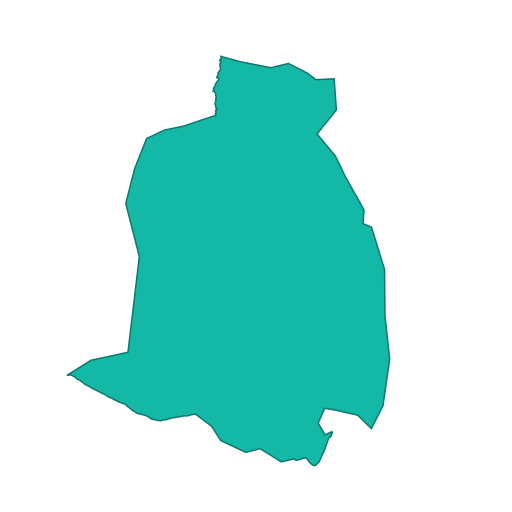 the district of Altanbulag, Töv, Mongolia, rotated 103°
{"feature_id": "93677404B27653771578089", "entity_name": "Altanbulag", "entity_type": "district", "adm_level": 2, "iso_a3": "MNG", "parent_name": "Mongolia", "parent_adm1": "Töv", "projection": "natural_earth1", "projection_center": [106.111, 47.461], "detail": "fine", "context": "isolated", "style": "filled", "palette": "teal", "viewbox_px": 512, "rotation_deg": 103, "n_neighbors": 0, "source": "geoboundaries", "source_scale": "gbopen_adm2", "svg_char_len": 4532}
<svg xmlns="http://www.w3.org/2000/svg" viewBox="0 0 512 512"><g transform="rotate(103 256 256)"><path d="M398.2,104.8L373.5,98.6L326.6,102.5L285.2,116.9L240.2,127.7L201.9,150.0L200.4,159.0L186.9,161.1L158.4,186.9L140.6,201.3L123.4,224.0L95.6,210.5L65.8,219.7L70.7,237.3L66.3,247.0L61.1,267.7L69.2,283.8L70.2,315.3L69.4,335.2L70.0,334.9L70.4,334.5L70.7,334.5L70.9,334.4L71.2,334.4L71.5,334.4L71.8,334.4L72.1,334.5L72.2,334.9L72.4,335.1L72.6,335.1L72.8,335.2L73.8,335.3L74.0,335.2L74.1,334.6L74.1,334.2L74.3,333.8L74.6,333.7L75.0,333.7L75.3,333.8L75.6,333.8L76.0,333.8L76.4,334.2L76.7,334.4L77.0,334.4L77.3,334.3L77.6,334.2L77.8,334.1L78.1,334.0L78.3,334.0L78.5,333.8L78.8,333.8L79.1,333.7L79.4,333.7L79.6,333.5L80.1,333.2L81.1,332.9L81.9,332.8L82.7,332.7L83.5,333.0L84.0,333.2L84.5,333.6L85.2,333.9L85.7,334.1L86.1,334.2L86.5,334.1L86.9,334.0L87.2,333.9L87.6,333.8L88.0,333.7L88.5,333.6L88.8,333.6L89.0,333.7L89.1,333.9L89.4,334.1L89.6,334.2L90.0,334.3L90.7,334.4L91.0,334.3L91.2,334.0L91.2,333.1L91.2,332.7L91.4,332.4L91.7,332.2L92.1,332.1L92.4,332.1L92.8,332.2L93.3,332.3L93.7,332.6L94.1,332.8L94.6,333.1L95.1,333.2L95.6,333.4L96.2,333.6L96.5,333.8L97.0,334.1L97.4,334.1L97.8,333.9L98.3,333.9L98.8,334.0L99.1,334.1L99.6,334.4L100.1,334.5L100.4,334.4L100.9,334.6L101.3,334.9L101.5,335.0L101.8,335.2L102.2,335.2L102.4,334.8L102.8,334.5L103.2,334.5L103.6,334.7L104.1,334.9L104.5,335.0L104.8,335.0L105.0,334.5L105.2,334.1L105.3,333.6L105.5,333.2L106.0,332.6L106.6,332.1L107.2,331.8L108.4,331.4L109.2,331.0L109.8,330.8L110.2,330.5L110.6,330.4L111.0,330.4L111.3,330.7L111.7,330.8L112.0,330.8L112.4,330.4L112.8,330.0L113.1,329.9L113.4,330.0L113.8,330.1L114.3,330.1L114.8,330.1L115.4,330.2L116.1,330.2L116.6,330.2L117.2,330.2L117.5,329.9L117.9,329.5L118.3,329.3L118.8,329.0L119.3,328.8L119.9,328.8L120.3,328.6L120.8,328.3L121.0,328.1L121.0,327.7L121.2,327.4L121.3,327.2L121.5,327.1L121.8,327.1L122.0,327.2L122.1,327.3L122.3,327.4L122.5,327.7L122.8,328.0L123.0,328.1L123.5,328.0L123.9,327.8L124.2,327.7L124.5,327.4L125.0,327.2L125.3,327.2L125.7,327.4L125.9,327.6L126.2,327.6L126.4,327.5L126.7,327.4L126.9,327.1L127.2,327.0L127.3,326.9L127.6,326.8L127.9,326.7L134.5,337.6L145.8,355.9L153.7,373.2L166.1,389.0L198.0,393.9L234.2,394.7L282.7,369.6L307.1,366.9L378.6,359.1L394.7,393.3L414.8,413.4L413.9,410.9L413.7,410.4L413.6,409.8L413.7,408.8L413.9,408.1L414.1,407.3L414.2,406.5L414.4,405.7L414.9,404.7L415.7,403.4L416.2,402.2L416.4,401.3L416.5,400.4L416.7,399.8L416.9,399.2L417.3,398.6L417.8,397.4L418.2,396.3L418.7,395.4L419.1,394.6L419.4,393.8L419.7,393.0L419.9,392.3L420.1,391.4L420.3,390.3L420.6,389.1L420.9,388.4L421.3,387.5L421.6,386.4L422.0,385.3L422.2,384.4L422.3,383.5L422.4,382.8L422.8,381.7L422.9,381.2L423.0,380.4L423.2,379.8L423.5,378.6L423.9,376.9L424.4,375.0L424.7,374.1L424.9,372.7L425.1,371.3L425.2,370.7L425.4,370.3L425.9,369.7L426.2,369.3L426.2,368.6L426.5,367.7L426.8,366.1L427.1,364.4L427.4,363.3L427.7,362.4L428.1,360.8L428.3,359.7L428.6,358.9L428.7,358.1L428.9,357.4L429.1,356.6L429.2,355.6L429.3,354.9L429.3,354.1L429.4,353.2L429.5,352.7L429.7,352.0L429.8,351.2L430.0,350.1L430.2,349.5L430.5,348.9L431.0,348.4L431.5,347.5L431.8,346.8L432.4,345.4L432.7,344.5L433.4,343.3L434.1,342.0L434.3,341.3L434.5,340.7L434.7,340.0L434.9,339.0L435.7,337.5L436.0,336.7L436.1,336.1L436.1,334.8L436.1,333.5L436.1,332.6L436.1,330.9L436.1,329.8L436.1,329.1L436.2,328.5L436.3,327.8L436.4,326.9L436.9,325.1L437.2,323.8L437.7,322.9L438.3,321.4L438.4,320.1L438.3,318.7L438.4,317.6L438.3,316.0L438.2,313.4L437.9,311.7L437.8,311.2L437.1,310.0L436.5,309.3L436.3,308.4L435.9,307.0L435.7,306.3L434.6,305.2L434.1,304.2L433.7,303.2L432.6,301.1L432.1,300.1L432.0,299.4L431.6,298.8L431.3,297.7L430.5,295.9L429.9,294.6L429.6,293.8L428.0,290.4L427.7,289.5L427.7,288.6L427.4,287.4L426.8,286.4L426.6,285.5L425.9,284.4L425.3,283.6L424.8,282.3L424.2,280.9L423.5,279.8L431.9,260.9L443.8,248.8L449.6,221.8L442.8,208.5L450.9,185.1L445.1,173.0L445.5,172.4L446.0,171.4L446.1,170.8L445.7,170.1L445.2,169.3L444.9,168.6L444.5,167.5L443.9,166.5L443.2,165.8L442.7,165.2L442.0,163.1L441.7,161.9L441.7,161.2L442.3,160.7L443.0,159.8L443.6,158.8L444.4,158.1L446.2,155.4L446.9,154.1L447.1,153.0L447.1,152.2L446.6,151.0L446.5,150.8L442.5,148.2L430.0,145.7L422.5,144.8L416.8,144.1L416.0,143.3L414.8,142.2L414.0,142.3L413.5,142.4L413.2,142.5L412.4,142.6L411.5,141.7L411.1,141.9L410.1,142.6L411.7,144.6L414.5,148.1L414.7,148.4L406.6,156.2L404.8,157.8L388.9,154.8L388.3,144.2L388.2,121.2L398.2,104.8L398.2,104.8Z" fill="#14b8a6" stroke="#0f766e" stroke-width="1.5"/></g></svg>